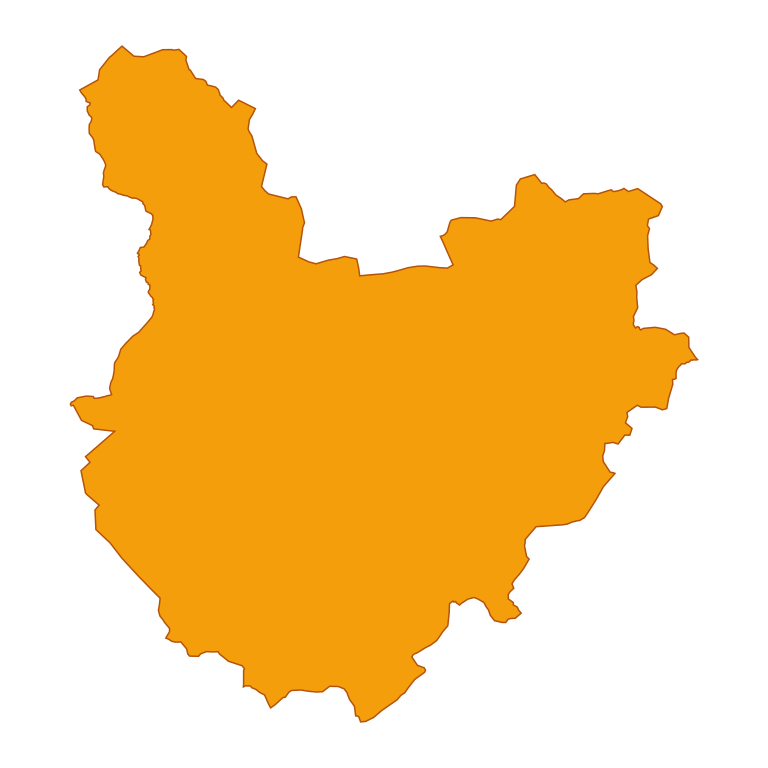 Bauchi, Bauchi, Nigeria (Mercator projection)
{"feature_id": "59680162B24167581171767", "entity_name": "Bauchi", "entity_type": "district", "adm_level": 2, "iso_a3": "NGA", "parent_name": "Nigeria", "parent_adm1": "Bauchi", "projection": "mercator", "projection_center": [9.889, 10.254], "detail": "fine", "context": "isolated", "style": "filled", "palette": "amber", "viewbox_px": 768, "rotation_deg": 0, "n_neighbors": 0, "source": "geoboundaries", "source_scale": "gbopen_adm2", "svg_char_len": 6040}
<svg xmlns="http://www.w3.org/2000/svg" viewBox="0 0 768 768"><path d="M697.6,359.6L696.4,358.3L695.2,357.0L688.9,347.4L688.7,337.2L684.0,333.0L680.1,333.5L674.5,334.8L665.7,329.3L655.3,327.3L643.3,328.4L640.7,329.9L639.7,329.1L639.3,327.5L637.7,326.6L636.9,327.0L635.5,328.0L633.5,325.0L633.4,322.8L633.9,321.3L633.8,318.5L633.3,316.8L637.7,307.7L636.7,297.7L636.9,291.4L635.8,285.4L642.1,279.6L651.5,274.7L657.4,268.4L654.0,265.3L649.9,262.4L648.1,248.4L647.6,235.7L649.5,228.6L647.4,225.7L648.5,219.1L658.4,215.6L662.3,206.7L660.8,203.9L637.7,188.6L628.4,191.5L623.9,188.4L622.0,189.5L620.9,189.9L618.0,190.8L615.5,191.2L614.5,191.5L614.2,191.6L613.6,191.4L613.0,191.3L612.4,191.0L612.1,190.7L611.8,190.2L611.6,189.9L610.5,190.0L606.8,191.1L598.1,193.8L594.2,193.4L583.5,193.8L578.5,198.6L568.9,199.9L565.2,201.9L561.3,198.6L555.9,195.0L551.4,189.5L548.9,187.5L547.4,185.4L546.2,183.9L544.0,183.0L541.7,183.3L534.8,174.6L520.4,178.9L516.4,185.1L514.5,206.4L500.8,219.6L497.5,219.1L491.2,221.1L475.4,217.8L460.9,217.6L451.2,220.2L449.9,222.4L447.2,231.9L444.6,234.7L442.3,235.8L440.3,236.3L443.5,243.2L446.0,249.0L453.1,264.9L447.3,268.1L439.9,267.7L425.2,266.0L417.6,266.2L408.1,267.7L397.3,270.8L391.8,272.2L383.1,273.8L370.5,274.8L359.7,275.8L358.7,268.2L356.7,259.0L344.5,256.5L336.9,258.7L328.4,260.1L316.0,263.8L309.2,262.0L298.4,257.1L302.6,229.2L302.6,227.7L304.5,222.9L301.4,208.9L296.0,196.8L291.5,196.9L288.0,198.8L268.6,194.0L265.0,190.8L261.5,186.5L266.9,164.1L262.6,160.8L256.8,153.5L252.0,136.2L249.3,131.9L248.1,129.1L249.4,119.7L252.8,114.0L255.4,108.6L238.6,100.2L231.5,107.5L225.2,101.4L224.2,100.8L223.0,98.1L219.8,94.8L219.9,94.1L218.3,89.7L215.6,87.1L210.3,85.7L207.4,85.1L205.9,81.4L203.4,79.5L195.6,78.5L190.4,70.3L189.7,69.7L189.1,69.6L185.9,60.2L186.5,56.5L179.0,49.4L173.7,50.2L171.9,49.6L162.7,49.7L143.7,56.8L133.9,56.2L122.0,46.1L111.4,55.8L109.5,57.3L99.6,69.7L98.0,79.9L79.7,90.0L81.5,93.0L84.9,97.0L86.1,99.2L86.1,101.4L88.9,102.6L90.1,102.9L89.8,104.9L87.2,106.8L87.3,111.0L89.2,115.2L91.0,116.6L91.8,118.3L91.2,121.3L89.3,124.5L89.1,128.7L89.3,133.5L92.8,137.9L93.8,140.4L94.3,144.1L95.1,149.1L95.7,151.5L99.7,154.1L102.9,158.8L104.8,162.3L105.8,165.6L104.3,169.7L103.4,172.8L103.8,176.3L103.2,180.4L102.6,184.7L103.8,187.0L107.7,186.7L108.9,188.5L110.8,190.1L113.5,191.4L115.8,192.2L117.6,193.6L120.5,194.2L122.4,194.9L124.7,195.5L127.1,195.8L129.6,197.1L132.6,198.2L134.4,198.0L137.0,198.6L142.7,201.8L143.0,203.8L144.5,205.2L145.1,207.2L145.5,209.5L146.1,211.2L148.3,212.3L150.9,213.5L152.7,215.3L153.0,219.0L151.5,224.7L149.8,228.1L149.0,229.4L150.3,229.9L150.7,232.0L150.8,234.7L149.9,235.9L149.8,239.1L147.7,240.5L146.6,243.2L143.9,247.1L141.5,247.3L140.3,247.5L138.7,251.2L137.4,253.2L137.8,253.8L139.0,254.1L139.3,255.1L138.1,256.4L138.9,258.2L138.8,261.0L139.4,265.2L140.5,265.7L141.0,270.9L139.7,272.4L140.8,275.0L143.7,276.6L145.9,277.6L145.5,279.5L146.1,281.2L146.4,282.1L148.1,282.8L148.3,284.4L149.8,284.9L149.9,287.6L149.6,289.7L148.8,290.6L148.3,291.6L148.4,292.9L149.6,294.2L150.8,296.2L152.5,297.7L152.8,298.8L153.6,299.4L153.0,300.5L153.2,302.5L153.5,303.7L152.7,304.6L154.5,306.4L154.0,307.7L154.5,309.6L153.6,311.8L153.1,314.3L152.5,315.6L152.0,316.9L147.6,322.3L138.6,332.4L132.9,336.1L126.0,343.1L120.8,349.2L118.5,356.7L117.5,358.5L114.8,362.5L114.4,364.3L114.2,370.5L113.4,375.3L112.5,379.2L111.7,380.5L110.7,383.0L109.6,388.6L111.6,394.6L109.5,395.4L108.1,395.5L105.0,396.5L100.8,397.5L97.3,398.2L95.7,398.3L94.2,398.3L93.2,396.5L88.2,396.2L87.4,396.1L84.8,396.3L81.6,397.0L77.3,397.8L74.2,400.9L71.3,402.3L70.4,404.1L71.1,405.8L73.4,405.3L81.5,420.4L92.5,425.6L93.7,428.9L114.7,431.3L85.5,456.7L90.0,462.3L81.0,470.7L85.5,492.8L86.6,494.3L99.1,505.1L95.0,510.0L95.9,529.6L110.0,542.8L121.9,558.2L138.6,576.3L152.3,590.4L160.1,598.2L159.3,605.6L158.4,610.1L159.3,613.8L160.1,616.3L162.7,619.4L164.7,622.6L169.5,628.3L169.5,631.7L165.8,638.1L168.6,639.2L171.6,641.2L175.1,642.1L180.9,642.0L186.4,648.6L186.8,649.6L187.8,654.0L189.6,656.1L198.6,656.3L200.6,653.9L206.5,651.6L212.5,651.9L218.0,651.7L219.7,654.2L223.5,657.2L228.5,661.3L242.3,665.8L244.5,668.9L243.6,670.3L243.6,683.7L243.4,686.9L245.7,685.7L247.6,686.0L250.1,685.9L251.9,687.8L255.9,689.4L259.6,692.4L264.6,695.0L267.9,702.6L270.6,707.9L275.3,704.6L279.3,700.9L282.8,697.7L285.3,697.2L288.9,692.2L291.4,690.5L301.0,690.0L306.1,690.9L310.6,691.5L316.9,692.0L322.6,691.7L329.6,686.3L338.2,686.5L344.1,688.8L346.9,692.5L349.5,699.4L354.4,706.2L355.7,715.9L357.7,716.1L358.9,717.0L359.9,719.9L360.6,721.9L365.7,721.4L373.7,717.4L381.6,710.6L397.2,699.7L400.9,695.3L404.8,692.8L407.9,688.2L414.8,679.4L424.6,672.3L425.5,670.2L424.2,667.8L417.4,665.3L411.8,656.9L413.5,654.3L417.4,652.7L425.4,647.7L430.6,645.1L436.6,640.6L439.4,636.7L442.9,631.5L447.8,625.8L449.2,612.3L449.5,603.6L453.0,601.1L454.0,602.1L455.0,601.7L455.6,601.5L456.2,602.6L458.9,604.6L459.4,605.1L461.6,603.2L467.9,599.1L474.1,597.5L478.1,599.1L483.9,602.5L486.1,606.7L488.5,610.0L490.2,615.1L494.5,620.7L501.9,622.4L505.7,622.5L508.2,619.2L510.9,618.5L515.2,618.3L521.2,613.1L518.7,610.3L517.3,607.1L513.3,604.9L513.3,602.5L510.5,600.5L508.4,599.1L508.2,594.6L510.0,591.8L513.8,588.3L512.0,583.9L514.2,580.1L519.3,574.3L523.7,568.4L529.1,559.1L526.6,556.5L524.5,545.8L525.1,543.1L525.2,539.4L536.1,526.7L562.7,524.8L567.3,524.1L571.9,522.1L576.3,521.0L579.8,520.4L584.5,517.6L588.1,512.3L595.8,500.1L601.1,490.8L603.3,486.8L615.0,473.4L613.8,472.9L610.1,472.1L603.3,461.6L602.7,455.8L602.9,455.5L604.5,450.5L604.9,443.5L607.6,443.3L612.9,442.4L618.1,444.0L624.8,435.1L629.8,435.2L632.0,428.4L625.5,422.8L627.7,416.5L626.9,412.5L637.2,405.3L641.0,407.2L655.5,407.1L662.3,409.8L666.8,408.6L668.5,398.8L672.8,384.2L672.5,379.5L673.6,379.4L674.3,379.2L675.1,378.9L676.1,378.4L676.0,374.6L676.1,372.2L676.7,369.9L677.9,367.9L679.2,366.3L680.5,365.2L681.6,363.7L684.2,363.9L685.5,363.5L686.7,362.4L688.7,362.1L689.9,361.3L690.6,360.1L692.3,360.2L693.5,359.8L695.0,359.9L696.7,359.9L697.6,359.6Z" fill="#f59e0b" stroke="#b45309" stroke-width="1.5"/></svg>